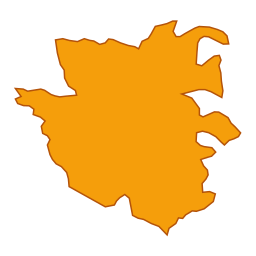 outline of Bela Vista da Caroba, Paraná, Brazil
{"feature_id": "56859067B82411919014006", "entity_name": "Bela Vista da Caroba", "entity_type": "district", "adm_level": 2, "iso_a3": "BRA", "parent_name": "Brazil", "parent_adm1": "Paraná", "projection": "orthographic", "projection_center": [-53.625, -25.885], "detail": "fine", "context": "isolated", "style": "filled", "palette": "amber", "viewbox_px": 256, "rotation_deg": 0, "n_neighbors": 0, "source": "geoboundaries", "source_scale": "gbopen_adm2", "svg_char_len": 1821}
<svg xmlns="http://www.w3.org/2000/svg" viewBox="0 0 256 256"><path d="M176.7,21.1L172.7,21.1L167.0,23.6L161.5,25.0L155.3,26.4L151.2,33.9L148.3,38.4L142.1,41.3L138.6,48.8L134.8,46.7L128.3,45.5L120.5,42.9L113.1,39.6L108.6,39.0L105.2,42.9L99.7,44.4L93.8,41.0L89.8,40.4L84.3,38.7L77.5,41.6L69.6,40.5L62.8,38.7L55.5,39.9L57.4,53.0L60.4,64.6L64.2,70.1L64.6,78.0L68.6,86.1L75.4,90.5L76.6,95.2L65.8,96.2L59.7,96.9L55.0,95.9L51.0,94.5L44.6,90.3L40.8,89.1L32.0,90.5L27.7,91.2L23.2,89.1L15.4,88.5L21.1,96.5L15.4,99.0L17.7,103.5L23.5,105.6L29.2,105.8L33.9,109.2L33.2,114.5L40.4,117.1L45.1,121.0L41.3,126.3L42.7,133.4L47.4,135.7L50.0,139.6L47.4,145.0L50.0,154.6L52.5,159.5L56.1,163.8L61.4,166.6L66.7,172.5L68.4,178.7L69.1,186.6L105.3,206.8L114.4,205.0L116.5,201.0L119.7,197.7L124.8,194.5L129.3,198.2L132.6,215.4L138.1,218.2L143.6,219.4L151.3,223.5L158.9,226.4L167.1,234.9L169.0,228.3L175.8,223.5L178.5,217.9L182.7,218.4L185.6,214.9L192.2,210.9L196.4,211.3L204.2,208.8L213.3,201.5L215.3,193.9L209.6,191.6L202.7,192.3L202.1,183.5L205.9,179.1L208.1,174.9L207.4,170.1L203.6,165.9L200.7,159.5L207.9,157.2L211.6,156.2L215.7,152.1L211.9,147.7L204.0,146.6L200.3,145.4L196.1,141.6L196.6,132.7L202.5,131.2L208.7,132.7L215.9,136.7L221.2,142.1L224.4,145.0L229.1,140.4L233.9,138.8L238.4,136.6L240.6,132.9L235.2,127.0L231.1,123.2L228.0,117.6L218.8,112.1L214.4,111.9L203.0,116.9L199.4,115.0L199.4,108.5L191.8,98.1L181.8,94.0L198.8,89.6L205.1,89.6L211.0,91.7L221.8,97.5L222.9,90.8L221.4,81.1L220.8,72.9L218.9,65.6L221.0,60.1L219.3,55.4L214.2,56.1L208.5,60.2L201.8,65.8L196.2,64.1L196.9,52.8L197.7,42.9L200.0,38.7L204.0,36.4L208.6,36.8L223.3,44.1L228.7,43.9L227.0,35.9L222.9,31.8L217.4,29.5L209.4,27.1L199.2,26.5L194.9,28.1L189.8,30.9L184.8,33.7L180.1,36.6L176.1,36.6L173.1,31.4L176.7,21.1Z" fill="#f59e0b" stroke="#b45309" stroke-width="1.5"/></svg>